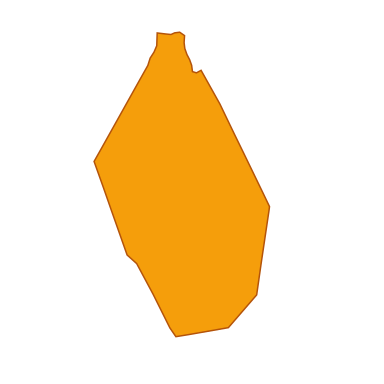 Porteiras, Ceará, Brazil (Robinson projection), rotated 208°
{"feature_id": "56859067B96869149355187", "entity_name": "Porteiras", "entity_type": "district", "adm_level": 2, "iso_a3": "BRA", "parent_name": "Brazil", "parent_adm1": "Ceará", "projection": "robinson", "projection_center": [-39.083, -7.546], "detail": "fine", "context": "isolated", "style": "filled", "palette": "amber", "viewbox_px": 384, "rotation_deg": 208, "n_neighbors": 0, "source": "geoboundaries", "source_scale": "gbopen_adm2", "svg_char_len": 678}
<svg xmlns="http://www.w3.org/2000/svg" viewBox="0 0 384 384"><g transform="rotate(208 192 192)"><path d="M147.7,61.6L138.3,56.7L127.9,64.6L96.2,89.3L86.6,131.5L97.8,162.5L115.2,211.5L116.7,215.5L128.1,223.9L163.7,249.9L181.2,262.6L199.6,276.1L208.4,282.6L241.1,303.7L244.0,299.3L248.1,298.5L251.8,303.7L256.2,307.7L261.0,311.0L265.7,315.3L269.1,320.2L272.0,326.6L277.9,327.3L282.0,324.4L284.5,321.2L289.6,319.1L297.4,316.1L291.8,304.6L291.2,297.7L291.8,290.6L290.4,283.0L290.8,266.1L291.4,237.0L292.4,189.5L292.5,185.2L292.8,173.0L272.4,154.4L268.5,150.8L255.3,138.6L219.7,105.9L207.2,102.8L178.4,83.5L147.7,61.6Z" fill="#f59e0b" stroke="#b45309" stroke-width="1.5"/></g></svg>